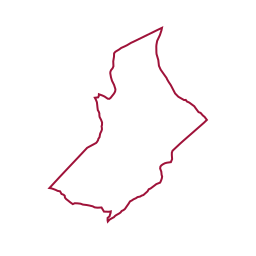 the district of Altônia, Paraná, Brazil, rotated 132°
{"feature_id": "56859067B71956660954916", "entity_name": "Altônia", "entity_type": "district", "adm_level": 2, "iso_a3": "BRA", "parent_name": "Brazil", "parent_adm1": "Paraná", "projection": "mercator", "projection_center": [-53.928, -23.914], "detail": "fine", "context": "isolated", "style": "outline", "palette": "rose", "viewbox_px": 256, "rotation_deg": 132, "n_neighbors": 0, "source": "geoboundaries", "source_scale": "gbopen_adm2", "svg_char_len": 2102}
<svg xmlns="http://www.w3.org/2000/svg" viewBox="0 0 256 256"><g transform="rotate(132 128 128)"><path d="M211.0,80.4L208.4,80.4L205.0,79.3L203.8,78.8L202.1,78.8L200.7,78.5L197.5,77.4L195.7,77.0L194.0,77.2L192.0,76.4L190.2,76.1L187.2,76.5L183.9,76.9L181.2,77.4L179.4,76.7L177.3,76.2L174.8,75.1L173.0,74.7L170.8,73.1L169.1,72.6L167.5,71.7L164.7,71.4L162.1,71.1L159.6,71.6L158.0,70.8L155.0,70.2L152.4,69.7L150.7,69.4L149.3,68.7L147.1,67.6L145.1,68.2L142.9,69.1L141.2,70.2L140.3,71.7L138.2,74.0L136.6,77.0L135.0,78.1L133.5,78.2L131.7,77.8L129.5,77.0L127.8,75.9L124.7,73.3L121.6,74.4L118.8,77.3L117.0,78.9L115.1,79.7L104.6,78.8L100.9,78.4L73.4,75.1L69.2,74.8L68.5,78.5L68.6,80.8L68.2,84.2L69.0,86.2L68.0,91.2L67.5,93.3L68.1,99.5L68.9,102.0L68.5,103.9L69.7,105.0L71.1,111.5L70.8,116.1L67.5,124.9L66.6,128.5L65.6,131.6L65.0,132.9L64.4,135.7L62.8,142.7L61.1,146.6L57.2,151.0L54.0,156.2L52.7,157.6L48.5,161.5L47.2,162.5L43.8,164.6L37.5,166.5L33.0,168.5L30.8,169.8L36.2,172.0L60.3,181.7L62.6,182.7L64.2,183.2L67.1,184.1L69.6,185.1L73.0,186.6L75.5,187.1L79.8,188.4L81.8,188.3L84.4,186.1L88.3,183.6L91.9,180.1L94.0,179.4L96.4,179.3L98.0,178.7L99.1,177.9L101.7,174.6L103.6,171.5L105.3,167.2L107.6,163.3L109.1,162.2L110.5,161.7L112.2,161.4L117.3,161.1L118.8,161.4L119.8,162.7L120.3,166.5L121.0,168.8L122.4,172.2L123.8,171.1L125.2,170.7L127.7,172.9L128.5,170.7L129.7,168.3L131.3,166.5L133.1,164.5L134.9,162.4L135.4,160.8L136.3,159.1L137.5,158.0L138.8,156.5L139.9,153.6L141.2,151.0L143.2,149.3L144.4,148.8L145.4,147.5L146.5,146.4L148.1,145.7L150.6,145.0L152.2,144.1L153.9,143.0L155.8,142.8L157.1,142.1L159.2,141.7L160.5,141.7L170.0,145.1L188.5,145.5L196.4,145.7L209.8,146.0L225.2,146.2L224.1,144.5L223.2,142.4L222.4,140.3L221.8,138.2L220.5,136.1L221.5,133.3L220.7,131.2L220.7,129.7L221.9,128.3L222.2,126.5L222.0,123.8L221.9,121.4L221.5,118.1L219.5,117.2L217.7,115.0L216.0,112.6L215.1,110.3L212.9,107.2L211.5,104.9L209.8,101.8L209.3,99.7L207.7,97.4L204.8,94.5L206.2,89.9L202.9,86.0L201.5,85.0L202.8,84.1L204.5,83.4L206.0,82.6L208.4,83.0L210.2,81.5L211.0,80.4Z" fill="none" stroke="#9f1239" stroke-width="2"/></g></svg>